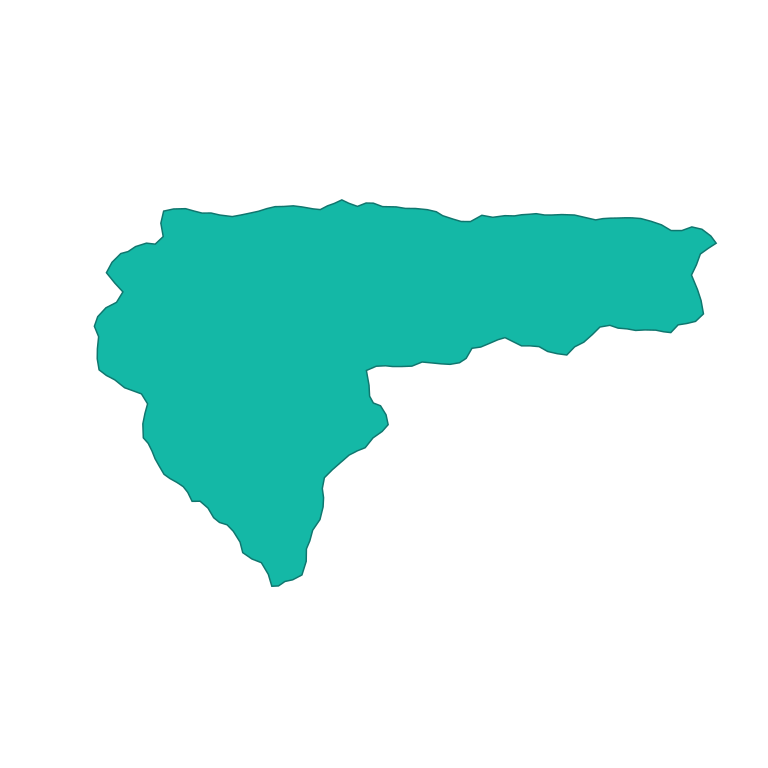 the district of Natércia, Minas Gerais, Brazil, rotated 13°
{"feature_id": "56859067B44259547062603", "entity_name": "Natércia", "entity_type": "district", "adm_level": 2, "iso_a3": "BRA", "parent_name": "Brazil", "parent_adm1": "Minas Gerais", "projection": "equal_earth", "projection_center": [-45.499, -22.144], "detail": "fine", "context": "isolated", "style": "filled", "palette": "teal", "viewbox_px": 768, "rotation_deg": 13, "n_neighbors": 0, "source": "geoboundaries", "source_scale": "gbopen_adm2", "svg_char_len": 2368}
<svg xmlns="http://www.w3.org/2000/svg" viewBox="0 0 768 768"><g transform="rotate(13 384 384)"><path d="M103.2,434.3L111.5,438.1L120.7,440.5L132.1,446.0L149.9,448.2L158.1,456.5L157.7,466.6L158.0,477.1L161.6,490.6L167.6,494.9L173.1,501.6L177.8,508.4L183.4,514.5L190.0,521.5L196.8,524.3L204.4,526.5L211.5,529.2L217.2,533.8L223.4,541.5L231.2,539.6L240.4,544.5L248.1,552.6L254.8,555.9L262.8,556.5L270.3,561.4L279.3,570.4L284.3,580.1L294.6,584.2L304.7,585.7L314.1,595.5L320.2,606.3L326.6,604.5L331.9,598.7L339.1,595.3L347.0,588.5L348.1,574.3L345.5,562.1L347.0,553.5L347.4,542.5L352.1,530.5L352.3,517.5L350.7,508.4L347.4,499.7L347.0,488.7L353.0,479.1L359.2,470.5L366.0,461.1L373.2,455.0L380.0,450.3L385.4,439.0L392.9,430.6L397.2,422.7L392.9,413.5L385.5,406.0L377.9,404.9L372.7,399.1L369.7,388.6L363.8,374.8L372.5,368.4L381.4,365.9L388.7,365.0L396.9,363.1L407.2,360.3L416.2,354.0L427.4,352.5L435.2,351.5L443.9,350.0L452.8,346.3L458.3,340.5L461.7,329.4L470.0,326.2L477.5,320.8L485.1,315.2L491.5,311.6L500.2,313.7L509.4,315.9L517.6,314.0L526.7,312.7L536.1,315.5L546.0,315.5L555.6,314.6L561.4,304.9L569.3,298.3L576.2,288.5L581.6,279.9L590.9,276.0L599.5,276.9L608.5,275.6L617.1,275.2L626.1,272.6L636.7,270.4L644.7,270.2L651.9,269.4L657.3,260.2L665.5,256.9L673.5,252.9L679.5,243.8L674.2,231.4L668.3,221.6L659.1,208.7L661.6,197.6L663.0,186.2L669.4,178.9L676.0,172.1L669.2,166.3L659.0,161.7L648.6,161.7L639.7,167.5L629.2,169.9L618.6,166.5L607.7,165.4L597.0,165.0L588.4,166.3L581.7,167.8L573.7,169.9L566.9,171.6L560.1,173.6L553.3,176.5L544.2,176.5L531.6,176.5L519.2,178.9L509.1,181.7L502.7,183.2L494.0,183.8L487.2,186.0L480.1,188.1L473.2,190.9L463.9,192.8L452.5,197.1L441.4,197.6L431.7,206.3L422.6,208.3L414.4,207.8L403.3,206.8L396.2,204.4L386.9,204.4L375.3,205.9L365.3,208.1L356.0,208.7L342.7,211.5L333.0,210.2L325.8,211.7L318.2,216.9L309.0,215.8L301.5,214.1L295.0,219.2L288.9,223.1L282.7,228.4L275.6,229.3L264.4,229.9L255.6,230.8L246.3,233.6L238.0,235.7L230.5,239.4L222.9,243.9L214.0,248.1L206.4,251.6L198.5,255.0L186.0,256.3L177.0,256.3L168.4,258.4L160.2,258.2L151.2,257.8L139.6,260.8L130.4,265.1L130.4,277.5L135.7,290.0L129.6,299.2L120.8,300.2L111.0,306.0L104.9,312.5L98.2,316.1L91.6,326.6L88.5,338.0L99.1,346.3L108.9,353.0L105.0,364.6L95.9,372.3L89.9,382.8L88.8,392.9L95.3,402.1L96.8,414.1L98.9,423.9L103.2,434.3Z" fill="#14b8a6" stroke="#0f766e" stroke-width="1.5"/></g></svg>